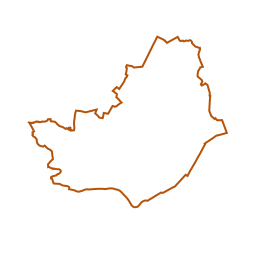 Ziru pag., Ventspils, Latvia, rotated 162°
{"feature_id": "27541924B88472203341854", "entity_name": "Ziru pag.", "entity_type": "district", "adm_level": 2, "iso_a3": "LVA", "parent_name": "Latvia", "parent_adm1": "Ventspils", "projection": "mercator", "projection_center": [21.635, 57.135], "detail": "fine", "context": "isolated", "style": "outline", "palette": "amber", "viewbox_px": 256, "rotation_deg": 162, "n_neighbors": 0, "source": "geoboundaries", "source_scale": "gbopen_adm2", "svg_char_len": 5398}
<svg xmlns="http://www.w3.org/2000/svg" viewBox="0 0 256 256"><g transform="rotate(162 128 128)"><path d="M220.4,163.8L220.2,163.3L219.6,160.8L219.4,159.6L218.4,153.8L219.8,153.5L220.2,153.4L220.3,151.5L220.9,151.3L221.1,150.7L220.7,149.4L219.2,147.6L218.3,145.3L218.9,143.8L218.9,141.2L218.0,139.2L216.7,137.8L215.6,137.3L214.5,136.5L212.6,137.0L212.3,136.4L212.2,136.2L211.9,135.4L210.7,133.2L208.7,131.3L207.6,129.2L208.3,125.8L208.4,125.3L208.5,124.7L208.8,122.8L209.0,121.7L212.6,119.9L213.1,119.5L214.2,118.8L214.8,118.6L215.3,118.1L216.0,115.5L215.3,115.5L214.3,114.4L214.1,114.1L212.7,113.0L212.2,112.4L212.0,112.5L211.6,112.3L211.5,112.5L211.0,112.3L209.7,111.5L208.8,111.0L208.0,110.7L207.7,110.6L206.9,110.3L206.5,110.1L205.8,109.5L205.4,109.2L205.2,108.6L205.2,107.9L205.5,107.2L206.3,106.5L206.9,106.2L208.3,105.7L209.1,105.9L210.6,105.2L211.2,105.0L211.5,105.2L212.8,105.3L216.1,105.3L216.3,105.0L216.3,104.9L216.5,104.6L216.6,104.1L216.7,103.9L216.0,103.8L215.9,102.0L215.9,99.1L215.8,98.2L210.2,95.9L208.0,93.6L203.5,91.4L202.2,89.9L202.4,89.3L202.6,88.6L203.0,88.0L202.1,87.6L201.4,87.2L201.1,87.0L200.1,86.4L198.4,85.4L197.9,85.0L196.6,83.8L195.9,83.3L195.3,83.0L194.6,82.7L194.2,82.6L193.3,82.5L192.8,82.5L191.7,82.5L190.0,82.5L188.1,82.7L187.6,82.7L186.1,82.4L185.5,82.2L184.3,81.7L183.0,81.3L181.4,80.9L179.4,80.5L177.6,80.0L175.8,79.6L175.5,79.5L174.2,79.1L171.6,78.2L170.7,77.9L170.1,77.7L168.9,77.1L168.2,76.8L165.9,76.6L165.2,76.4L164.3,76.2L162.9,75.9L162.2,75.6L160.9,75.0L160.2,74.6L158.7,73.5L156.6,72.3L156.0,71.7L155.4,71.1L155.1,70.7L154.5,69.9L154.0,68.8L153.7,68.1L153.4,67.5L152.6,65.7L151.6,63.8L150.9,62.2L150.6,61.4L150.4,61.0L149.9,59.4L149.7,58.8L149.5,58.2L149.2,56.3L148.9,55.3L148.6,54.0L148.5,53.5L148.4,53.0L148.1,52.6L147.6,51.9L147.1,51.2L146.5,50.8L145.8,50.5L144.8,50.3L143.8,50.2L143.4,50.2L143.0,50.2L142.6,50.4L141.7,50.8L138.6,52.9L137.7,53.3L137.3,53.4L136.3,53.7L135.9,53.7L135.0,53.8L134.5,53.8L133.8,53.6L133.4,53.5L133.1,53.4L132.6,53.2L131.9,52.7L129.5,53.4L126.0,54.1L125.2,54.4L124.8,54.5L121.5,55.2L116.5,56.4L114.9,55.5L111.2,56.2L105.5,57.3L104.2,57.6L101.4,57.9L87.6,65.7L86.2,64.0L82.2,68.0L79.8,70.1L77.4,72.2L74.0,75.3L72.9,76.3L71.0,78.2L66.9,81.8L65.0,83.7L62.3,86.3L59.7,88.8L59.8,89.5L50.1,92.2L46.8,93.3L44.6,93.4L44.4,93.2L44.1,93.2L42.7,93.1L35.5,92.8L35.6,94.7L36.1,106.4L40.8,107.8L41.9,110.3L42.9,109.8L45.1,113.7L45.4,119.3L41.1,130.3L39.8,133.2L40.4,133.6L39.4,135.9L39.1,144.3L40.6,146.5L41.4,146.3L44.6,145.6L44.9,145.7L45.2,147.0L43.0,149.2L42.9,150.5L43.6,151.8L45.8,155.4L45.4,157.2L44.7,158.4L43.8,160.3L41.2,162.5L40.6,163.3L37.9,163.1L38.5,169.4L38.4,170.0L38.5,171.7L38.6,172.6L38.7,173.3L38.6,173.5L38.6,173.9L38.5,174.3L38.5,175.1L38.3,175.6L38.3,176.2L38.0,176.6L37.1,178.2L36.7,178.5L35.8,179.7L35.5,180.0L35.4,180.3L35.1,181.1L34.9,181.6L34.9,181.9L34.9,182.1L35.4,182.1L39.0,184.9L39.2,185.4L40.3,187.6L40.9,189.0L40.6,190.3L41.1,191.6L41.4,192.0L41.9,192.3L42.1,192.4L42.6,192.3L43.2,192.3L43.5,192.3L43.9,192.3L46.0,193.3L47.0,193.0L48.4,193.3L48.7,194.0L48.8,194.0L49.4,194.3L51.1,194.4L51.9,195.4L51.9,195.5L52.6,199.3L59.7,197.9L59.9,197.9L64.6,196.9L64.7,197.3L64.8,197.6L65.4,198.6L65.6,198.7L65.8,198.9L65.9,199.1L65.9,199.6L66.0,199.9L67.0,201.1L71.9,205.8L74.1,203.6L74.5,203.2L76.3,201.3L76.6,201.1L79.4,198.3L81.7,195.9L86.2,191.3L88.8,188.6L95.3,182.0L95.5,181.9L100.3,182.9L100.5,183.0L103.5,183.6L105.3,185.7L105.4,185.8L107.5,186.8L109.6,188.1L110.0,187.7L110.8,187.0L110.9,186.8L110.9,186.6L111.0,186.3L110.9,186.2L110.7,185.8L110.6,185.5L110.6,185.3L111.4,183.6L111.9,182.6L112.0,182.2L112.5,181.5L113.0,180.7L113.4,179.8L113.5,179.7L113.4,179.5L113.2,179.2L112.9,178.9L112.3,178.3L112.5,178.1L112.9,177.7L113.0,177.7L113.2,177.4L113.2,177.2L113.5,177.0L115.4,175.8L117.1,173.6L117.3,173.4L120.1,171.1L124.3,167.8L126.1,170.4L131.0,168.0L130.4,167.2L130.0,166.6L129.3,165.6L129.1,165.2L128.9,165.1L128.8,164.9L128.1,163.7L128.8,162.1L129.6,160.8L129.2,160.3L128.1,158.1L127.7,157.5L127.0,155.5L126.3,154.2L126.8,154.1L130.0,153.2L130.3,153.0L130.8,152.9L131.8,152.4L132.2,152.2L133.1,152.3L134.1,152.4L134.1,152.5L135.9,153.7L142.5,147.7L144.5,148.8L146.4,149.8L147.4,148.0L148.5,145.9L149.1,145.2L152.0,146.8L152.3,147.1L152.8,148.8L153.8,150.6L154.7,152.0L152.1,155.2L154.8,155.4L163.4,156.0L163.8,156.2L167.6,158.6L172.0,160.6L173.3,158.8L174.4,156.9L174.8,155.9L175.7,154.1L176.2,152.8L176.7,151.9L177.5,150.3L177.9,148.9L178.3,147.7L178.6,146.2L178.9,144.7L180.0,142.5L182.5,143.0L182.7,143.6L182.9,144.4L182.9,145.3L182.7,146.0L183.9,146.6L184.9,146.0L184.0,145.1L183.3,143.5L183.7,143.5L184.7,144.8L185.1,145.2L186.4,146.8L187.6,146.4L189.5,148.7L191.1,150.1L192.3,150.7L192.4,151.0L192.7,151.3L194.2,153.6L194.1,153.9L195.5,156.4L196.9,157.2L198.5,157.8L199.4,158.3L198.9,160.4L201.6,161.0L202.1,160.2L202.9,159.9L205.1,159.7L206.5,160.3L206.9,160.4L207.2,160.4L207.5,160.6L208.2,160.7L208.8,160.5L209.8,160.8L210.1,160.9L210.7,161.0L211.0,161.1L211.1,161.3L211.1,161.6L211.3,161.7L211.4,161.8L211.6,161.8L212.0,162.0L212.3,161.9L212.7,162.3L212.9,162.4L213.1,162.2L213.6,162.3L213.8,162.4L214.1,162.3L214.5,162.3L215.1,162.4L215.3,162.4L215.7,162.1L215.8,162.1L215.7,162.3L215.8,162.4L216.1,162.4L216.5,162.4L216.6,162.2L217.0,162.1L217.4,162.2L217.7,162.4L217.8,162.6L218.7,162.5L219.4,163.3L220.3,163.8L220.4,163.8Z" fill="none" stroke="#b45309" stroke-width="2"/></g></svg>